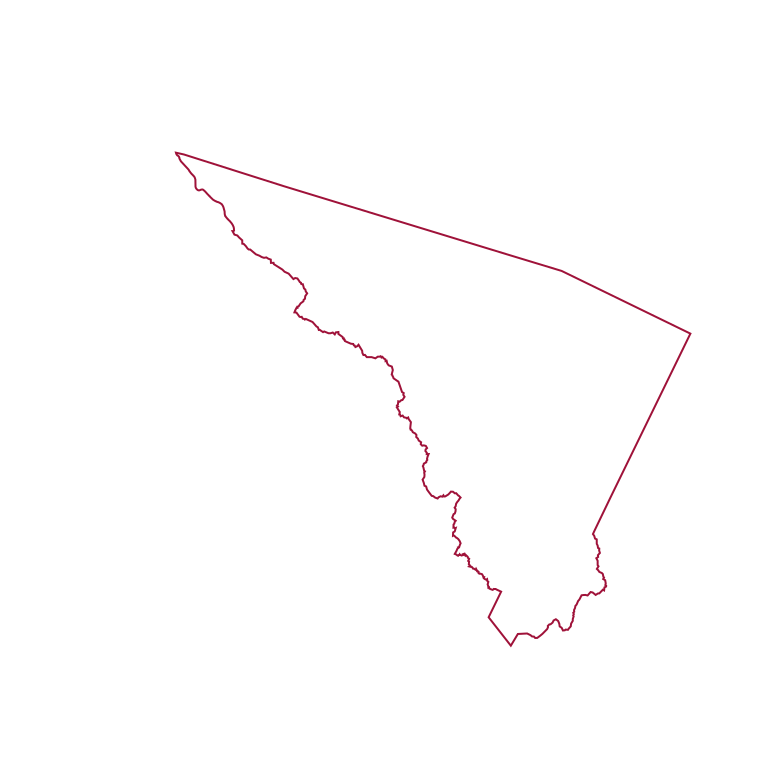 Kagua/Erave District, Southern Highlands, Papua New Guinea (Natural Earth projection), rotated 206°
{"feature_id": "67681753B36334387735216", "entity_name": "Kagua/Erave District", "entity_type": "district", "adm_level": 2, "iso_a3": "PNG", "parent_name": "Papua New Guinea", "parent_adm1": "Southern Highlands", "projection": "natural_earth1", "projection_center": [144.087, -6.522], "detail": "fine", "context": "isolated", "style": "outline", "palette": "rose", "viewbox_px": 768, "rotation_deg": 206, "n_neighbors": 0, "source": "geoboundaries", "source_scale": "gbopen_adm2", "svg_char_len": 5544}
<svg xmlns="http://www.w3.org/2000/svg" viewBox="0 0 768 768"><g transform="rotate(206 384 384)"><path d="M187.7,220.2L155.3,204.4L154.1,218.0L146.0,222.5L142.2,222.5L140.3,222.0L138.5,222.7L136.8,222.0L135.0,222.9L133.3,226.2L132.1,228.8L129.9,235.3L130.0,237.3L130.7,238.4L130.0,240.4L129.0,241.0L127.9,243.4L127.9,245.8L126.4,247.9L123.5,247.3L121.3,245.3L119.8,243.1L117.5,242.8L115.1,240.9L113.5,241.9L113.1,242.9L110.9,243.7L110.7,245.2L109.9,248.0L110.8,250.7L110.5,253.9L111.3,255.5L111.7,258.3L112.5,258.9L112.5,260.4L113.6,261.3L113.2,262.7L114.1,264.1L114.1,266.4L114.7,268.4L114.2,270.2L114.4,274.1L113.9,275.9L113.8,280.7L112.0,281.9L110.5,282.7L108.3,283.2L107.1,287.6L105.1,288.1L101.3,287.2L99.9,289.5L98.7,290.2L97.1,295.1L95.7,295.0L96.7,297.8L95.6,299.3L95.9,300.1L96.9,300.3L97.3,302.0L99.2,304.6L101.5,304.8L101.4,306.5L102.3,306.9L104.0,309.1L105.3,309.6L108.1,309.5L109.8,310.5L111.6,311.1L111.3,314.2L112.6,314.9L114.5,318.8L116.8,320.5L115.7,322.4L116.7,323.9L115.9,326.8L117.6,328.6L118.4,330.5L119.8,330.5L121.2,332.5L122.7,333.6L124.7,337.6L126.6,337.6L128.5,339.7L130.4,340.7L130.5,343.7L130.7,381.7L130.7,563.6L273.9,563.5L330.0,554.5L561.3,517.8L664.4,502.6L672.4,500.7L671.6,499.8L670.5,499.1L669.7,498.8L668.8,498.8L667.9,498.4L667.2,497.8L667.2,497.6L666.5,496.8L664.1,495.1L653.6,491.0L652.0,489.9L651.8,489.9L650.8,489.3L648.6,488.3L648.2,488.3L646.9,487.7L646.6,487.7L645.0,486.9L644.2,486.2L643.1,485.0L639.9,478.7L639.1,477.8L638.5,477.4L637.9,477.1L636.7,476.7L635.7,476.7L634.7,477.2L633.5,478.6L632.3,479.3L631.5,479.3L629.1,478.6L625.4,477.1L624.6,476.9L623.9,476.5L622.8,476.3L622.4,476.0L618.4,474.7L616.1,474.5L614.9,474.5L614.7,474.6L613.9,474.5L612.6,474.8L610.9,474.8L608.7,474.5L607.0,473.5L605.8,472.5L602.9,469.2L601.7,467.0L600.4,465.4L600.1,465.4L599.6,465.0L596.8,463.7L596.4,463.7L595.7,463.3L594.2,462.9L591.3,461.6L589.4,460.4L588.5,459.6L588.2,459.4L587.2,458.2L586.0,456.1L586.8,455.2L587.2,455.0L583.9,452.7L580.9,453.2L578.6,452.2L574.4,451.0L572.9,448.0L571.5,448.4L568.7,447.4L565.9,445.9L564.4,445.6L563.2,446.2L556.0,444.4L552.2,444.7L549.6,444.5L547.2,444.8L545.2,446.2L542.8,445.9L540.3,446.2L538.7,443.3L536.4,444.5L535.5,443.4L525.5,442.3L522.6,441.3L518.1,441.4L511.4,438.6L510.3,440.3L508.1,440.9L505.9,439.7L504.3,438.7L503.0,438.6L502.4,437.7L501.4,437.7L500.7,438.1L497.8,434.8L496.1,434.4L494.9,432.9L492.8,431.8L493.3,428.4L492.4,426.0L493.1,424.4L492.7,423.0L494.3,419.9L494.8,416.3L495.8,415.5L495.2,414.5L496.0,414.1L496.1,411.6L495.9,409.1L494.0,409.8L489.4,407.4L488.0,407.8L487.4,408.3L485.7,407.1L484.3,407.5L483.4,407.2L482.8,408.2L475.4,408.4L469.9,406.1L468.3,406.0L466.3,404.0L465.6,404.5L461.5,403.9L460.8,405.0L456.1,405.3L454.4,406.1L452.6,407.8L450.0,407.0L449.9,409.3L447.8,410.7L446.9,409.0L441.8,408.1L440.9,407.0L440.1,407.4L439.5,406.4L438.8,406.6L438.0,405.5L436.4,405.5L431.4,405.7L429.2,406.5L428.0,405.5L427.2,405.7L425.9,404.7L424.6,406.3L424.1,408.1L418.2,404.3L417.1,402.5L415.2,401.0L413.9,401.8L411.2,400.6L407.0,402.7L403.0,403.3L401.6,405.8L399.9,406.7L399.2,407.5L397.9,406.7L397.3,407.7L395.5,406.9L393.5,406.7L392.6,405.2L391.8,406.0L390.1,403.9L388.0,402.8L384.6,403.1L382.2,400.4L381.2,395.8L380.2,395.5L379.7,394.8L378.7,394.2L377.9,393.3L372.0,392.4L364.3,384.7L362.3,384.5L361.9,382.7L359.9,381.5L360.4,377.7L361.4,377.0L362.2,374.9L363.6,374.7L362.5,371.7L362.9,370.4L361.6,369.9L362.3,368.7L357.5,365.7L357.0,363.6L356.6,363.9L354.9,362.3L353.4,363.8L351.4,362.8L349.1,363.4L348.4,363.1L347.6,364.5L346.4,363.3L343.1,361.5L341.7,357.5L340.9,355.5L340.0,354.6L339.5,354.9L337.8,354.0L337.0,353.3L334.2,353.2L332.5,352.4L331.8,350.5L329.6,349.8L328.0,348.4L325.1,347.9L324.6,346.0L322.6,345.3L321.3,346.3L319.3,346.7L317.2,345.3L317.9,343.4L317.4,341.9L315.4,341.0L314.9,339.7L313.2,340.6L313.0,337.8L312.5,335.5L311.8,334.8L312.1,332.9L311.7,332.1L313.3,329.9L313.0,328.7L313.1,327.2L312.1,326.4L311.4,325.5L309.7,323.4L308.9,323.4L309.0,321.9L307.9,320.4L307.0,318.2L307.3,315.5L307.4,315.0L304.9,312.6L303.0,310.3L301.2,310.4L299.1,308.0L295.7,306.2L292.1,304.4L290.5,304.8L288.3,304.3L285.6,304.6L285.3,306.1L283.9,307.9L282.2,308.3L281.8,310.0L280.7,309.2L279.7,309.8L277.8,312.8L277.1,314.9L276.7,316.6L274.8,317.4L272.4,316.8L271.2,317.5L268.4,316.3L267.6,316.3L265.4,315.5L265.8,314.0L266.0,311.7L266.4,310.4L266.7,308.1L266.0,305.4L266.3,303.8L264.7,302.9L263.9,300.9L263.6,298.7L264.4,297.5L264.1,293.8L262.8,293.0L259.6,292.5L260.0,291.0L259.6,289.3L259.9,288.2L258.6,285.3L257.9,285.8L257.0,285.3L256.4,286.0L255.8,282.5L256.8,280.9L255.5,277.9L255.1,278.5L253.2,278.1L252.1,277.6L251.2,277.6L249.3,277.2L247.8,276.4L247.1,276.0L245.3,274.4L245.3,273.1L245.0,270.6L245.6,269.9L245.1,269.7L245.8,268.3L245.7,265.4L245.9,262.3L244.0,262.4L243.0,262.1L242.1,262.1L241.8,263.1L241.2,263.4L241.3,264.1L240.7,263.9L239.2,263.8L237.4,265.4L238.3,265.8L237.3,266.8L236.1,265.6L235.7,265.4L235.6,266.2L233.0,265.4L232.5,264.6L230.8,264.2L230.8,261.9L229.7,261.7L228.7,259.1L227.8,258.9L227.6,258.5L226.8,258.3L227.3,257.4L224.5,258.0L223.0,257.1L222.5,257.4L220.2,257.2L220.2,258.2L218.7,257.1L218.3,256.6L217.8,256.9L217.4,256.4L216.5,256.5L216.0,255.4L215.1,255.3L214.2,255.8L212.4,256.0L210.6,254.7L210.3,254.2L209.3,254.4L209.2,253.2L208.1,252.9L206.3,252.9L205.8,253.8L204.7,252.2L203.5,251.9L203.0,249.3L202.0,248.4L200.9,246.7L200.4,247.3L199.5,246.3L197.7,246.4L196.1,246.6L195.6,247.4L195.5,247.9L195.0,248.1L193.8,248.7L192.7,248.6L187.7,248.7L187.7,220.2Z" fill="none" stroke="#9f1239" stroke-width="2"/></g></svg>